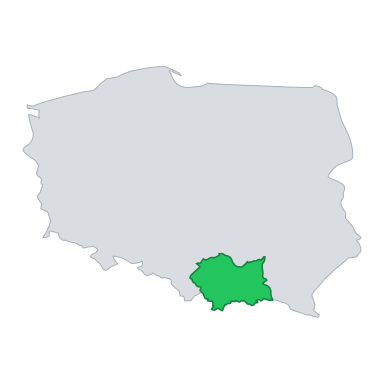 location of Lesser Poland within Poland
{"feature_id": "POL-3170", "entity_name": "Lesser Poland", "entity_type": "Voivodeship", "adm_level": 1, "iso_a3": "POL", "parent_name": "Poland", "parent_adm1": "", "projection": "robinson", "projection_center": [20.414, 49.829], "detail": "fine", "context": "in_parent", "style": "filled", "palette": "green", "viewbox_px": 384, "rotation_deg": 0, "n_neighbors": 0, "source": "natural_earth", "source_scale": "10m", "svg_char_len": 6597}
<svg xmlns="http://www.w3.org/2000/svg" viewBox="0 0 384 384"><path d="M343.3,209.2L345.2,212.2L345.9,214.5L345.2,216.4L345.5,218.2L352.4,226.1L355.1,231.8L356.8,234.0L360.6,237.0L361.0,238.1L359.5,239.2L357.3,239.7L356.7,240.7L359.0,243.4L360.8,247.9L360.7,251.7L359.5,252.6L357.9,254.8L356.8,256.8L347.9,258.2L345.8,260.4L340.9,264.6L337.6,267.0L332.8,271.3L325.0,278.9L313.8,291.7L311.9,294.6L312.3,297.1L314.4,302.7L314.9,305.3L314.5,307.7L313.9,309.8L314.0,310.8L318.9,314.7L319.1,315.5L318.7,316.5L317.7,317.3L313.9,316.5L309.7,314.9L308.3,315.1L306.0,314.7L296.6,311.5L290.3,309.1L289.6,307.5L288.4,305.1L285.7,303.2L279.6,301.5L277.0,300.2L267.0,299.5L262.7,299.4L259.6,300.0L257.7,299.9L255.0,303.4L253.1,304.4L250.4,304.5L248.0,303.9L245.6,302.0L241.7,301.1L238.9,301.5L236.8,301.2L235.0,301.1L234.4,301.4L232.9,301.4L230.8,302.2L228.6,303.5L226.0,304.4L224.1,306.4L222.4,310.3L217.5,308.6L215.8,309.3L213.5,309.8L211.9,309.3L212.3,307.9L213.0,306.4L213.0,304.3L212.6,301.9L211.1,301.2L208.8,300.9L207.6,300.4L207.5,299.7L206.3,298.7L204.3,296.1L202.4,293.0L201.1,292.1L199.2,293.6L196.3,295.3L194.5,295.8L191.0,300.7L184.7,300.9L184.4,298.6L183.7,296.4L180.1,295.9L180.0,294.6L179.2,291.4L172.0,285.0L171.1,282.4L171.4,281.4L170.9,279.7L169.3,278.7L163.5,277.5L162.1,278.2L160.7,277.5L158.6,276.0L155.0,274.8L154.6,274.1L153.3,273.1L152.6,272.9L152.1,273.6L151.0,274.5L147.3,275.7L145.8,275.2L144.4,274.2L142.9,272.0L140.7,270.1L138.8,269.4L137.8,268.4L137.6,267.7L141.7,266.1L142.6,264.5L142.2,261.6L141.6,261.2L139.9,262.2L136.5,263.1L133.3,263.5L131.7,263.5L122.7,258.2L116.9,256.6L113.4,256.1L113.0,256.6L114.5,259.6L117.2,263.3L117.0,264.3L111.9,266.4L109.7,267.7L107.8,269.5L106.2,270.3L104.8,270.1L103.4,269.2L99.8,263.8L95.2,259.6L94.6,258.7L93.2,258.5L91.1,257.5L90.4,256.2L91.5,254.9L93.0,253.7L95.5,252.9L96.3,252.2L96.8,251.2L97.8,249.8L97.6,249.3L95.8,247.8L93.2,246.3L85.7,247.4L83.7,248.2L82.6,247.1L81.7,245.7L79.9,245.4L77.4,244.0L74.4,242.7L71.4,242.3L65.3,240.3L62.9,240.2L61.6,239.6L60.2,238.1L59.0,236.5L58.5,233.3L54.0,231.8L49.5,230.9L49.2,231.3L49.3,234.6L49.0,236.4L46.0,237.4L43.0,237.5L43.2,237.0L46.9,231.1L48.6,227.4L50.7,220.6L48.7,215.3L48.1,212.8L47.2,211.6L41.1,209.0L40.7,208.1L41.7,204.6L41.3,203.1L39.9,201.5L38.0,198.4L37.4,195.7L40.0,192.6L41.9,187.2L42.9,185.0L41.3,183.8L40.9,182.1L41.5,179.6L40.7,177.8L38.5,176.6L37.2,175.1L36.6,173.1L37.2,170.0L39.0,165.8L35.7,160.8L27.1,154.9L23.0,150.8L23.5,148.5L25.4,146.4L28.8,144.5L31.5,141.1L33.0,137.1L33.3,133.4L29.9,121.7L29.3,118.8L28.8,114.3L36.4,116.7L39.5,118.1L39.2,116.6L38.6,115.2L39.1,113.2L39.0,110.2L32.1,108.7L27.5,108.2L27.1,106.1L27.6,104.8L28.8,105.6L33.3,105.9L44.5,101.9L63.8,96.6L84.3,91.7L89.1,91.2L93.9,90.2L95.7,88.4L97.5,87.1L100.3,83.9L106.6,78.9L117.5,77.0L121.5,74.7L130.1,71.3L149.4,67.6L157.5,66.8L165.4,66.7L172.3,69.6L179.7,73.3L181.1,75.5L177.1,74.1L171.2,70.8L169.1,70.7L174.0,80.6L176.7,84.1L182.2,86.8L186.8,87.7L201.2,86.1L206.3,84.0L207.8,82.9L209.1,83.5L227.8,84.6L293.1,87.2L311.8,87.6L313.0,87.3L314.9,85.7L317.2,85.9L320.0,86.9L321.3,87.7L321.9,88.6L322.2,89.6L323.7,89.8L326.5,90.6L330.3,92.3L333.2,94.0L336.0,96.5L337.0,99.3L337.1,102.4L337.0,104.4L341.3,119.9L348.0,134.0L350.5,140.8L351.5,144.4L352.4,149.7L352.7,153.4L352.7,155.5L352.3,158.3L350.4,160.0L338.2,164.9L335.9,166.4L332.3,170.1L329.0,174.0L328.3,175.4L328.1,176.2L328.9,177.5L333.3,179.6L337.8,181.3L339.2,182.5L342.5,184.1L343.8,185.6L344.4,186.8L344.5,189.7L343.1,193.7L343.7,196.7L342.3,198.7L341.1,201.0L341.0,204.9L343.3,209.2Z" fill="#d9dde1" stroke="#a8b0b8" stroke-width="1"/><path d="M210.2,301.3L209.5,301.2L207.5,300.6L207.6,300.1L207.6,299.4L207.6,299.2L207.8,298.9L206.4,298.9L205.7,298.7L205.1,298.4L204.9,298.1L204.3,296.7L203.7,294.4L203.3,293.6L202.5,293.1L202.2,292.9L201.7,292.0L201.4,291.9L201.2,291.4L200.4,291.0L200.0,290.2L200.3,289.3L200.8,288.3L201.0,287.1L198.6,286.8L197.4,286.3L196.2,285.5L195.7,284.1L195.0,283.1L193.3,282.5L192.3,281.0L192.2,279.5L191.5,278.8L190.5,278.7L189.9,277.9L190.3,276.5L191.0,275.2L191.8,274.3L200.0,266.9L198.4,265.1L196.6,263.7L197.7,263.0L200.0,263.3L201.5,261.6L202.4,260.0L203.4,258.9L205.3,259.8L206.1,259.8L207.0,259.6L210.1,257.8L211.9,257.5L213.9,257.6L215.0,257.5L219.3,255.3L219.2,254.6L219.0,253.6L222.2,253.6L223.6,254.2L224.7,255.2L227.6,255.9L230.2,257.3L231.8,259.8L232.4,261.8L233.0,262.8L234.5,264.5L235.2,265.6L237.7,266.8L242.2,266.9L243.3,266.1L243.4,265.6L243.8,265.1L244.9,264.7L245.4,264.3L245.5,264.1L245.5,263.6L245.7,263.4L245.8,263.3L246.1,263.3L246.2,263.2L247.0,262.7L247.2,261.9L247.4,261.6L248.7,262.7L249.3,262.4L249.7,262.0L250.2,261.8L250.7,262.1L251.2,261.8L252.1,261.8L252.5,261.6L252.8,261.3L253.1,261.1L253.4,261.0L256.0,260.9L256.5,260.8L256.9,260.5L257.2,260.2L257.5,260.0L258.9,259.5L259.3,259.4L259.8,259.6L260.1,259.9L260.4,260.1L261.0,260.0L261.0,259.9L261.6,259.3L261.9,259.1L262.1,259.1L262.2,258.7L262.4,258.4L262.8,258.3L263.2,258.0L263.4,257.4L263.7,257.6L263.9,257.6L264.3,257.4L264.4,257.2L264.3,256.8L264.9,256.8L264.6,260.4L263.5,262.4L262.3,264.2L262.1,266.6L263.0,273.1L262.7,275.0L262.7,276.7L263.0,277.2L263.3,277.8L264.0,278.5L265.0,278.6L266.3,279.2L266.8,280.4L263.4,282.6L262.8,283.7L263.8,284.4L267.5,285.8L269.6,287.6L270.8,290.7L270.9,292.2L270.8,293.7L271.4,296.9L272.7,299.8L272.7,300.0L272.1,300.2L271.6,300.1L270.3,300.3L269.7,300.3L266.4,299.5L264.4,298.7L263.9,298.6L263.3,298.9L262.2,300.2L261.6,300.7L260.9,300.8L260.4,300.5L259.9,300.0L259.3,299.7L258.7,299.6L257.3,299.9L256.8,300.1L256.1,300.7L256.5,301.1L257.3,301.5L257.7,302.2L257.5,302.6L256.8,302.7L256.1,302.7L255.5,302.8L254.8,303.4L253.7,304.8L253.0,305.3L252.2,305.5L251.5,305.4L251.0,305.1L250.4,304.6L249.7,304.2L249.2,304.1L248.6,304.2L247.8,304.1L247.3,303.7L244.2,300.7L243.7,300.6L242.4,300.8L241.6,300.7L241.3,300.7L240.9,300.9L240.4,301.5L240.0,301.8L239.2,302.0L238.4,301.8L235.5,300.6L235.0,300.7L235.0,301.5L233.2,301.5L231.8,301.1L231.4,301.1L231.0,301.3L230.9,301.6L230.8,302.0L230.6,302.6L230.4,303.2L230.2,303.4L227.5,303.6L227.0,303.9L226.3,304.6L225.9,304.9L225.2,304.8L225.1,304.7L224.9,304.9L224.2,306.2L224.0,306.7L223.8,307.2L223.3,307.6L223.1,309.1L222.8,310.2L222.1,310.7L221.0,310.2L219.2,308.8L218.2,308.4L217.1,308.5L216.5,308.9L215.8,309.5L215.3,309.9L214.5,310.1L213.0,310.0L212.1,309.7L211.6,309.2L211.8,308.7L213.1,306.9L213.5,306.7L213.7,306.4L213.7,306.2L213.4,306.0L213.4,305.9L212.9,305.5L212.8,305.4L212.8,305.2L213.0,304.9L213.1,304.7L212.9,302.6L212.7,301.9L212.4,301.0L212.1,300.8L210.9,301.2L210.2,301.3Z" fill="#22c55e" stroke="#15803d" stroke-width="1.5"/></svg>